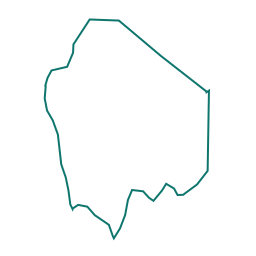 outline of Götene, Västra Götaland, Sweden, rotated 88°
{"feature_id": "70781695B15977475092104", "entity_name": "Götene", "entity_type": "district", "adm_level": 2, "iso_a3": "SWE", "parent_name": "Sweden", "parent_adm1": "Västra Götaland", "projection": "natural_earth1", "projection_center": [13.545, 58.597], "detail": "fine", "context": "isolated", "style": "outline", "palette": "teal", "viewbox_px": 256, "rotation_deg": 88, "n_neighbors": 0, "source": "geoboundaries", "source_scale": "gbopen_adm2", "svg_char_len": 678}
<svg xmlns="http://www.w3.org/2000/svg" viewBox="0 0 256 256"><g transform="rotate(88 128 128)"><path d="M94.2,48.4L57.4,92.3L20.3,133.4L18.2,162.5L42.5,179.6L50.9,180.3L64.7,186.7L67.8,202.4L75.2,206.7L82.9,209.2L83.3,208.8L95.5,210.2L107.7,208.3L117.8,202.9L132.1,198.3L161.9,196.0L175.4,191.9L188.3,189.7L202.5,188.3L207.1,186.2L206.5,186.0L203.1,180.5L205.2,171.4L214.0,164.2L218.7,157.8L224.1,150.5L235.6,146.9L237.8,146.0L228.1,139.5L214.9,133.9L200.0,130.6L190.1,126.1L191.8,115.1L198.4,109.5L201.7,105.1L191.8,96.3L185.1,91.8L190.1,84.1L196.7,80.8L196.7,75.3L186.8,60.9L173.6,49.9L93.5,45.8L95.0,48.3L94.2,48.4Z" fill="none" stroke="#0f766e" stroke-width="2"/></g></svg>